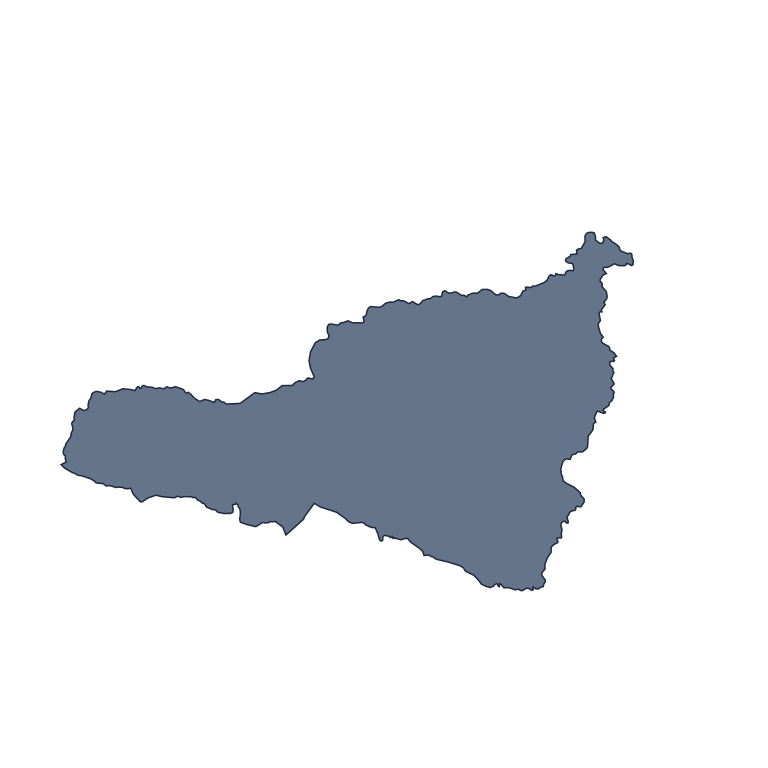 Macara, Loja, Ecuador (Equal Earth projection), rotated 123°
{"feature_id": "8360857B58604759333218", "entity_name": "Macara", "entity_type": "district", "adm_level": 2, "iso_a3": "ECU", "parent_name": "Ecuador", "parent_adm1": "Loja", "projection": "equal_earth", "projection_center": [-79.942, -4.349], "detail": "fine", "context": "isolated", "style": "filled", "palette": "slate", "viewbox_px": 768, "rotation_deg": 123, "n_neighbors": 0, "source": "geoboundaries", "source_scale": "gbopen_adm2", "svg_char_len": 6171}
<svg xmlns="http://www.w3.org/2000/svg" viewBox="0 0 768 768"><g transform="rotate(123 384 384)"><path d="M153.7,246.5L152.3,245.9L150.8,246.2L150.0,244.0L149.9,240.9L148.4,240.2L144.8,242.0L142.4,245.3L140.2,246.8L140.0,247.7L140.0,248.6L142.1,250.8L143.4,257.5L142.7,259.8L141.2,261.0L140.4,264.6L140.5,270.0L139.8,272.5L139.5,278.0L141.8,280.0L143.6,277.8L147.3,277.6L148.0,278.7L148.5,281.5L147.9,285.3L145.2,286.9L142.8,290.0L143.4,292.1L145.2,294.7L147.2,296.1L150.4,296.1L155.2,292.8L162.9,292.4L164.6,294.3L166.8,295.5L169.8,293.1L173.8,297.9L175.3,297.4L179.5,299.4L180.9,299.5L181.9,298.7L182.2,297.2L182.0,295.3L180.5,291.7L180.7,290.5L182.6,289.1L183.6,287.5L186.2,287.2L187.1,289.6L189.3,291.9L191.3,292.5L193.4,291.9L195.0,292.5L195.7,295.1L196.7,295.7L197.9,299.9L199.4,299.3L201.0,300.4L201.1,302.9L201.7,303.7L203.3,304.4L208.1,303.7L211.9,305.1L219.6,310.5L220.9,312.7L223.4,313.5L224.5,316.3L225.9,318.0L227.7,316.1L230.3,318.0L235.5,317.6L239.5,319.4L242.7,327.1L242.4,331.9L242.9,333.2L244.2,335.5L246.9,336.4L248.3,338.7L247.5,345.6L248.3,348.8L251.3,353.2L256.9,355.0L259.0,358.5L260.5,359.8L264.0,362.1L265.8,362.0L266.0,365.5L267.4,366.7L267.5,373.5L268.4,374.9L272.0,378.1L272.7,381.2L272.5,382.7L272.8,384.0L275.0,385.0L278.7,383.5L279.3,383.8L280.6,385.1L281.8,388.0L283.6,390.3L287.3,391.8L288.8,393.8L291.8,395.8L292.7,397.0L295.9,397.1L298.6,398.1L299.2,399.7L299.3,405.0L303.0,406.8L303.5,412.9L305.2,415.5L305.3,417.7L310.1,420.5L312.3,424.0L315.6,426.8L319.7,427.9L322.1,429.6L326.4,437.5L328.3,438.3L331.0,438.3L336.4,436.4L339.3,437.9L342.3,434.7L344.3,435.1L349.8,443.8L350.6,448.6L354.5,451.5L356.1,453.4L359.7,454.6L362.5,461.1L363.6,462.5L364.7,462.8L367.2,462.6L369.9,460.9L371.5,459.5L373.5,456.4L376.0,455.7L378.0,456.5L382.2,461.9L386.8,464.1L397.2,463.1L405.4,459.5L410.8,454.3L415.8,446.7L417.0,446.3L418.8,446.8L420.2,450.9L421.3,451.6L423.7,451.7L426.2,453.2L427.1,456.4L427.8,457.2L431.6,459.4L435.2,460.2L440.9,468.6L447.9,471.0L453.3,475.0L458.8,480.9L461.6,487.6L478.6,494.1L486.7,505.3L486.5,508.3L487.5,511.1L487.1,513.7L487.4,514.9L488.7,516.6L491.9,516.3L493.2,522.1L494.6,525.9L499.1,529.1L499.1,535.7L497.9,540.0L497.6,543.8L498.9,544.2L499.1,544.8L499.3,546.0L498.3,548.0L498.0,550.3L499.9,557.4L503.4,560.6L504.3,562.8L504.5,564.5L508.0,566.1L509.5,570.2L512.3,573.0L513.0,576.6L515.6,581.5L516.0,584.6L517.4,585.7L520.0,585.3L520.4,586.1L519.8,588.4L520.4,589.0L522.0,589.4L525.0,589.1L526.9,594.0L530.2,600.4L536.8,605.1L541.0,612.7L544.8,613.0L545.1,617.0L546.6,620.8L547.6,621.9L550.1,623.4L551.5,623.6L555.5,622.1L558.8,622.3L563.2,620.6L564.4,619.1L567.2,619.3L569.8,621.2L570.1,626.0L575.7,627.9L580.6,625.9L583.3,624.0L585.5,624.7L587.2,624.4L590.7,620.7L592.3,619.9L596.0,619.5L598.5,618.0L607.8,618.2L609.8,617.3L612.2,617.4L616.0,615.9L617.5,614.2L618.0,612.0L620.3,610.6L622.5,608.1L627.5,610.9L628.5,605.8L628.0,597.0L627.4,594.8L627.2,590.6L625.6,587.6L623.3,578.3L623.2,573.6L623.8,571.5L620.6,565.5L620.8,561.3L618.4,558.4L616.8,552.4L614.9,550.2L613.3,547.4L612.7,544.3L611.4,541.8L609.3,539.6L612.9,534.4L615.4,524.9L615.3,523.6L614.2,522.5L608.2,519.9L601.5,514.7L599.4,508.8L593.8,498.2L592.9,497.2L590.7,496.4L589.7,492.6L586.8,489.6L583.3,483.7L583.3,482.1L582.0,480.7L582.8,477.0L582.4,474.1L582.9,471.8L582.2,469.3L583.6,466.7L583.8,465.5L582.7,459.1L581.2,457.1L582.0,454.5L582.0,453.2L579.4,446.9L577.3,444.3L576.8,442.8L574.1,440.9L571.5,442.0L568.1,445.2L567.4,445.1L566.1,443.2L564.8,443.4L564.9,440.7L566.6,439.0L567.0,437.4L568.5,435.6L572.3,433.0L575.7,431.7L578.1,429.2L576.4,421.8L573.4,413.8L566.4,410.5L565.7,409.4L565.4,408.1L563.0,405.1L561.6,404.8L559.7,401.5L558.5,400.8L559.0,391.1L564.1,384.0L541.2,377.8L538.4,378.4L522.1,377.5L521.8,370.5L517.4,353.9L517.8,343.6L518.8,338.7L518.0,334.5L512.2,327.3L511.6,325.3L512.1,322.8L511.3,316.7L509.3,313.1L512.9,307.7L517.1,302.8L517.3,300.9L516.1,299.9L512.6,301.8L510.7,301.2L509.0,296.8L509.3,294.8L507.4,294.3L508.5,292.7L507.5,292.3L508.0,291.3L507.1,290.4L505.5,285.1L501.7,281.7L500.7,280.1L502.1,275.4L502.5,265.1L503.3,260.3L506.0,257.1L502.9,253.0L503.0,250.3L502.1,248.4L502.7,246.6L502.3,244.1L498.6,233.9L494.9,220.8L495.0,217.2L496.6,213.7L495.5,204.4L497.3,197.0L498.8,193.5L498.2,188.4L496.8,183.9L495.8,183.7L494.3,182.1L492.4,182.1L490.0,180.7L490.1,179.5L491.3,178.3L491.1,176.9L488.5,178.2L488.2,177.1L489.6,172.6L486.8,168.3L485.2,161.9L482.9,159.6L482.8,157.1L482.2,155.6L477.7,153.3L476.5,150.9L476.7,148.3L476.1,147.0L475.2,146.8L473.8,148.4L472.9,148.2L473.1,145.0L471.8,142.9L469.3,141.9L467.2,140.1L464.5,141.1L462.4,140.9L460.6,141.9L458.6,147.3L457.7,148.1L455.4,148.7L451.4,148.2L447.8,150.8L440.9,152.3L434.0,152.2L429.9,154.9L426.9,154.4L422.2,151.9L420.9,152.8L420.0,154.6L418.8,155.0L416.7,151.6L415.8,151.5L412.7,154.0L409.4,155.2L406.0,158.8L403.9,159.6L401.9,159.0L400.8,158.1L401.1,155.0L400.5,154.0L399.0,154.5L395.8,158.3L393.2,157.9L390.5,158.4L388.1,157.3L386.3,155.3L385.2,154.8L382.8,156.0L381.6,155.7L380.3,152.7L379.5,151.9L373.9,151.9L371.4,153.6L370.1,158.5L368.2,160.2L367.0,168.5L367.9,176.4L367.8,179.7L367.3,181.4L364.2,184.2L362.4,187.1L360.5,188.0L359.7,189.2L352.2,191.6L348.8,191.3L347.5,190.2L345.7,186.8L340.9,187.8L338.1,185.0L335.7,184.8L332.8,180.5L327.5,178.9L325.7,179.1L316.6,184.3L308.7,183.8L303.0,186.8L300.6,185.6L297.7,189.2L291.2,190.5L290.4,189.9L289.0,184.0L287.9,182.7L287.0,183.0L286.8,185.8L285.7,186.2L279.6,183.7L276.7,184.7L274.0,183.8L270.0,184.3L267.8,186.1L265.6,186.4L264.8,188.1L264.7,190.6L263.3,191.7L258.6,191.0L255.2,196.8L253.0,196.6L252.1,197.2L249.3,197.3L248.3,199.4L246.4,200.2L245.2,204.4L243.7,206.2L241.9,206.3L239.5,203.4L238.8,203.4L237.3,205.7L234.1,204.0L232.6,207.9L232.6,213.0L230.7,214.6L230.2,216.0L230.6,223.1L230.2,224.5L228.1,226.1L225.3,225.6L223.8,229.9L218.9,235.6L216.6,237.2L213.0,237.0L207.3,242.4L205.9,242.2L204.8,240.5L203.5,242.1L197.0,241.7L195.7,244.1L191.2,243.6L188.7,244.7L185.3,248.1L183.7,254.0L180.9,255.7L179.9,258.8L179.0,259.6L173.5,259.7L170.3,257.7L168.8,262.3L167.8,263.4L166.7,263.3L164.2,259.8L157.6,256.2L156.9,251.7L153.7,246.5Z" fill="#64748b" stroke="#1e293b" stroke-width="1.5"/></g></svg>